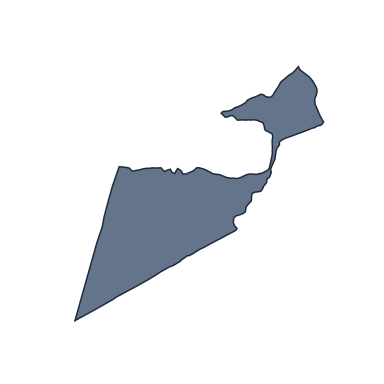 the district of Kuria East, Nyanza, Kenya, rotated 73°
{"feature_id": "3690345B78515474379979", "entity_name": "Kuria East", "entity_type": "district", "adm_level": 2, "iso_a3": "KEN", "parent_name": "Kenya", "parent_adm1": "Nyanza", "projection": "robinson", "projection_center": [34.625, -1.241], "detail": "fine", "context": "isolated", "style": "filled", "palette": "slate", "viewbox_px": 384, "rotation_deg": 73, "n_neighbors": 0, "source": "geoboundaries", "source_scale": "gbopen_adm2", "svg_char_len": 3685}
<svg xmlns="http://www.w3.org/2000/svg" viewBox="0 0 384 384"><g transform="rotate(73 192 192)"><path d="M185.0,103.2L183.8,102.6L183.2,102.3L182.4,102.0L180.6,101.1L178.5,100.2L177.1,99.5L175.8,98.6L174.4,97.3L173.4,95.8L172.5,94.6L171.2,94.2L169.5,93.7L168.3,89.8L167.9,87.0L167.8,85.8L167.7,83.4L167.7,82.3L167.6,79.5L167.3,76.0L167.2,72.8L166.8,65.9L166.5,61.9L166.1,58.9L166.3,55.8L165.4,52.8L165.8,50.3L165.3,47.8L164.5,46.9L163.6,45.7L160.5,46.4L157.3,47.1L154.1,47.6L151.6,47.8L150.5,47.9L149.7,47.9L147.7,48.2L144.9,48.6L142.0,48.2L138.7,47.3L135.3,44.6L132.5,43.0L130.0,42.5L126.4,42.9L122.8,43.7L120.7,44.3L117.6,45.6L115.6,46.6L112.7,48.8L112.1,49.2L109.4,51.1L106.8,52.9L103.2,53.6L103.8,54.6L104.5,55.9L105.6,57.2L107.5,60.9L108.7,65.2L110.2,68.9L111.4,71.5L111.7,72.3L112.5,74.4L113.2,75.4L114.9,77.0L115.5,77.6L117.6,80.0L119.2,82.1L121.0,84.1L122.6,85.8L123.5,87.1L124.4,89.4L122.5,93.5L120.2,95.0L118.6,97.5L119.2,101.0L119.5,104.1L119.6,108.1L120.5,112.3L122.3,114.7L122.9,117.6L123.5,120.1L123.9,123.0L124.0,126.5L125.0,129.3L125.3,132.8L124.6,136.0L124.1,139.1L125.2,141.1L127.8,139.7L130.3,138.3L130.6,135.1L130.3,132.2L131.5,130.2L134.2,128.7L136.5,127.6L137.2,125.2L137.4,124.0L137.7,122.9L138.7,120.4L139.5,117.2L140.5,114.2L141.1,111.5L142.5,108.6L144.5,106.5L146.0,104.2L149.2,103.6L152.7,104.1L154.7,103.8L156.7,101.4L159.9,98.3L160.7,98.4L161.9,98.5L163.1,98.6L165.0,99.8L167.3,100.6L169.6,101.3L171.4,101.7L172.7,102.0L173.3,102.2L175.5,103.0L177.5,103.6L178.1,103.8L179.2,104.1L179.7,104.3L182.5,105.9L188.2,109.0L192.1,111.3L193.3,113.4L194.4,119.1L193.9,125.5L192.6,128.8L191.6,131.9L191.4,134.9L191.9,138.0L192.4,141.7L192.3,145.0L191.1,147.8L190.1,151.1L188.6,154.2L186.4,156.9L184.7,159.0L183.3,160.8L182.0,164.0L180.3,167.1L178.0,169.2L175.5,171.7L173.0,174.8L171.0,177.9L170.2,180.5L171.5,182.9L171.8,183.6L172.3,185.6L172.5,187.4L172.6,188.9L172.7,189.9L173.0,192.6L171.9,195.6L169.3,195.9L167.3,197.0L165.4,198.9L167.2,201.0L169.4,203.0L167.2,205.4L163.9,206.0L163.8,209.6L164.6,211.9L162.6,213.3L159.7,214.7L158.9,218.5L157.4,222.6L156.8,225.9L156.1,228.5L155.6,231.1L155.5,233.8L155.4,236.3L155.3,237.3L155.1,238.5L154.9,241.0L154.3,243.4L150.9,244.8L149.3,247.7L147.9,250.7L146.6,254.3L163.0,266.3L177.6,275.6L190.2,283.4L198.9,287.9L213.0,298.0L229.5,308.6L254.9,324.9L280.8,341.5L275.9,318.1L271.5,298.4L270.5,295.8L265.4,270.3L262.9,259.0L261.2,252.6L261.0,251.5L260.8,250.8L260.5,249.9L260.2,248.9L260.0,247.8L259.5,246.6L259.1,244.8L258.7,243.1L258.2,240.7L257.7,238.5L257.4,237.1L256.9,234.5L257.0,233.5L256.9,232.5L256.7,231.2L256.5,229.9L256.1,228.6L255.8,227.4L255.5,226.3L255.1,225.1L255.1,224.2L254.7,223.2L253.8,221.9L253.5,220.6L253.0,219.5L252.7,218.4L252.5,217.5L252.1,216.5L251.5,215.3L252.0,213.8L251.9,212.6L251.1,208.4L250.8,207.6L250.5,206.8L250.2,205.8L250.1,205.0L249.9,204.3L249.5,203.1L249.4,202.3L249.1,201.3L249.0,200.4L248.6,198.0L248.4,196.7L248.1,195.1L247.8,194.0L247.5,192.5L247.1,190.8L246.9,189.4L246.7,188.3L246.1,185.4L245.2,180.6L244.6,177.1L243.9,173.6L243.1,169.9L242.9,168.5L242.7,167.7L242.4,166.5L242.1,164.0L241.6,162.3L241.4,161.1L240.0,159.6L238.3,160.5L236.4,161.2L233.2,161.4L229.1,159.7L228.0,157.6L227.7,156.3L227.7,154.7L227.7,153.7L227.8,152.5L227.5,149.7L226.7,146.9L224.8,146.0L222.3,144.8L221.0,143.1L219.3,140.4L218.1,138.2L216.5,137.3L214.5,136.6L212.3,135.6L211.1,135.1L210.9,134.1L210.5,131.6L210.9,130.3L210.9,129.0L211.3,127.8L211.3,125.8L209.7,123.7L207.4,121.8L204.9,118.0L201.5,116.4L200.5,113.6L198.5,111.9L196.2,110.3L194.1,110.4L193.2,110.0L192.2,109.5L191.1,108.5L189.6,107.2L187.9,105.8L186.4,104.5L185.0,103.2Z" fill="#64748b" stroke="#1e293b" stroke-width="1.5"/></g></svg>